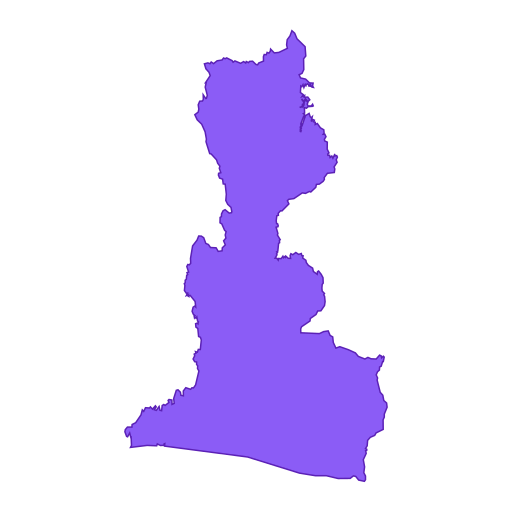 outline of Cianjur, Jawa Barat, Indonesia
{"feature_id": "22746128B34542084533901", "entity_name": "Cianjur", "entity_type": "district", "adm_level": 2, "iso_a3": "IDN", "parent_name": "Indonesia", "parent_adm1": "Jawa Barat", "projection": "equal_earth", "projection_center": [107.144, -7.054], "detail": "fine", "context": "isolated", "style": "filled", "palette": "violet", "viewbox_px": 512, "rotation_deg": 0, "n_neighbors": 0, "source": "geoboundaries", "source_scale": "gbopen_adm2", "svg_char_len": 6033}
<svg xmlns="http://www.w3.org/2000/svg" viewBox="0 0 512 512"><path d="M323.2,283.1L323.0,277.7L321.2,274.3L318.6,271.0L317.5,271.7L317.2,274.3L313.4,271.5L312.6,268.1L308.4,265.4L306.3,262.5L305.9,260.3L302.7,258.0L303.1,255.8L301.9,255.7L301.3,253.5L298.7,254.4L295.8,252.5L292.8,254.7L290.9,253.7L290.1,255.6L290.6,258.4L288.2,258.3L286.3,256.5L285.5,257.3L285.3,256.2L283.5,257.7L282.9,256.2L281.2,258.6L278.5,258.5L278.2,260.1L276.7,258.2L275.1,258.2L277.0,254.8L276.5,253.9L277.5,252.3L276.8,251.8L277.8,251.1L278.6,243.4L279.6,242.7L279.4,240.4L280.2,239.7L277.4,235.0L277.9,233.5L276.1,227.2L278.0,226.7L278.2,225.6L277.6,223.8L276.6,223.6L276.2,220.8L276.8,215.8L278.4,215.3L278.2,213.3L280.5,210.8L282.0,210.9L288.9,203.9L287.4,200.7L288.8,199.3L293.9,198.6L302.3,192.9L305.5,193.4L309.3,191.5L310.8,192.0L315.8,187.3L316.4,184.4L319.4,184.1L323.2,181.3L324.4,179.4L324.2,177.6L327.4,173.3L334.3,172.5L334.8,169.0L334.1,166.9L337.1,162.3L336.2,159.8L337.4,157.1L336.7,155.6L334.6,156.0L334.9,153.9L332.9,158.2L331.8,156.0L330.1,157.5L329.6,155.3L327.9,155.3L327.7,154.1L329.0,152.9L327.2,149.2L327.3,142.1L324.7,140.9L324.4,139.2L326.0,136.7L324.8,134.2L323.2,134.3L324.1,133.1L323.8,129.8L320.4,127.8L317.3,123.5L315.2,124.5L315.3,122.3L313.7,121.8L314.4,120.2L312.5,119.3L311.8,121.7L311.6,120.4L311.5,121.0L311.2,121.4L312.2,116.8L311.3,117.7L310.2,116.7L309.1,113.4L305.4,115.7L302.6,124.1L301.5,123.8L302.2,125.7L300.6,127.0L301.4,127.9L301.3,128.6L300.7,129.0L301.1,131.1L300.5,132.3L301.0,131.1L300.3,131.2L300.3,128.9L301.1,128.4L300.2,127.2L301.2,125.2L300.7,124.0L303.7,116.2L304.9,116.7L304.7,114.8L303.4,113.6L304.6,113.1L304.4,107.6L306.5,108.2L308.0,106.7L312.7,106.3L312.3,105.2L313.0,105.3L312.6,104.3L311.5,105.9L308.1,106.0L307.2,104.1L307.9,102.5L306.2,100.4L304.3,101.2L304.0,105.0L303.1,106.2L302.4,105.8L302.5,106.9L302.1,106.6L300.9,107.3L300.4,107.3L300.3,107.2L302.2,106.4L302.4,105.2L303.0,105.9L302.6,104.4L303.6,103.6L303.7,101.8L302.4,100.4L301.6,98.8L303.7,101.3L305.4,98.7L308.0,101.6L309.8,99.8L307.8,97.1L304.2,97.2L304.6,95.5L302.0,96.6L303.3,94.7L300.4,92.5L300.8,86.0L301.8,86.7L303.0,84.6L303.9,87.5L304.8,85.1L305.7,85.7L305.6,84.3L306.5,84.8L307.5,83.8L308.8,84.8L308.7,85.9L310.1,86.2L309.6,85.3L310.2,84.4L311.9,87.1L313.4,87.4L312.6,86.0L313.1,83.1L309.5,82.9L305.6,79.1L300.5,77.9L299.1,74.7L302.0,73.4L303.8,69.6L303.6,58.8L305.8,56.0L305.1,46.7L297.0,38.8L294.7,33.2L291.9,30.7L290.0,35.9L287.2,39.7L286.6,44.9L287.4,48.3L278.9,52.4L274.3,52.9L270.6,49.1L270.3,51.3L268.9,53.1L267.1,52.4L266.3,54.7L264.2,54.5L263.4,56.7L263.5,61.1L258.7,63.0L257.6,64.8L256.0,64.5L252.6,61.2L249.6,61.4L248.4,62.6L246.3,61.5L245.7,63.0L243.6,61.6L240.6,63.3L234.9,60.9L233.1,62.2L232.1,60.6L226.7,57.9L225.1,58.7L223.6,58.0L222.0,60.0L217.1,60.8L213.6,63.6L211.2,62.0L210.0,63.7L207.9,62.9L204.4,63.8L205.9,68.8L209.0,72.3L210.2,75.6L205.5,82.7L206.2,82.6L205.2,87.1L207.3,95.4L206.4,98.4L205.7,98.5L203.2,94.8L203.3,99.4L202.5,101.0L199.7,101.2L198.2,104.8L198.8,109.1L198.2,112.1L194.8,114.7L197.2,119.8L201.7,124.2L205.1,131.8L206.4,139.1L206.0,141.7L209.7,153.6L211.2,154.0L216.5,159.8L217.7,163.3L219.9,166.2L219.3,168.3L220.8,172.7L218.6,173.3L218.4,175.1L219.6,178.1L222.6,179.2L223.2,183.9L225.2,184.2L226.3,194.2L225.8,200.5L227.7,204.3L231.0,207.4L231.8,211.7L231.5,212.7L229.2,213.1L225.1,209.7L223.1,210.7L221.5,213.9L221.4,216.6L220.1,217.4L220.0,222.8L221.8,223.9L224.6,230.3L226.1,231.6L225.2,235.0L225.9,238.1L223.6,240.8L225.3,244.9L222.3,247.8L222.1,250.8L218.2,251.4L216.1,247.8L210.5,247.5L208.4,244.5L205.8,243.4L203.7,237.7L201.3,236.1L198.7,236.0L197.0,240.2L192.6,245.9L190.5,258.5L190.7,263.3L189.3,264.8L187.8,264.5L186.8,266.5L188.6,272.1L187.0,272.6L187.7,274.6L186.7,275.3L186.3,279.3L185.2,280.2L185.2,282.8L184.3,283.6L184.9,285.5L184.4,290.5L186.3,293.2L187.5,293.1L186.4,295.5L188.0,294.7L187.6,295.7L188.9,296.5L188.9,295.4L190.2,295.4L195.1,301.5L195.7,307.0L194.7,306.1L193.1,307.2L192.1,311.3L193.3,314.2L194.8,315.5L194.1,315.8L194.5,317.9L195.0,317.2L195.9,318.1L196.8,316.9L197.6,321.1L198.4,321.7L198.0,323.9L197.2,323.1L195.6,323.7L195.9,327.1L197.8,328.5L198.6,336.5L200.4,337.3L201.3,340.0L200.3,349.5L198.3,349.4L197.4,352.2L195.5,351.6L196.0,353.2L194.2,354.1L194.7,355.8L193.1,359.0L194.7,361.7L196.6,362.0L196.6,364.5L197.7,365.8L197.5,368.5L198.9,371.0L195.6,384.9L193.5,387.9L191.9,387.8L190.6,389.3L185.8,387.7L183.3,391.0L183.4,395.8L180.9,395.3L180.4,392.2L178.0,389.8L176.3,390.3L173.7,398.5L174.2,403.4L172.0,404.4L171.9,400.0L169.0,399.5L168.1,400.4L168.9,402.5L165.1,405.4L163.8,404.5L162.2,405.5L161.6,410.7L160.0,410.3L159.1,406.5L156.3,410.4L154.3,409.7L156.2,406.9L155.4,405.8L152.5,409.1L150.4,406.9L149.5,408.0L145.5,407.7L143.7,411.4L142.3,409.9L141.0,414.9L135.7,422.7L132.1,424.5L131.9,427.1L127.4,427.1L125.3,429.6L124.9,431.8L126.6,436.4L127.6,436.8L129.7,433.0L130.8,437.3L131.1,436.2L131.5,445.4L130.5,447.4L147.2,445.4L156.7,445.8L157.3,443.9L160.5,445.5L163.9,445.3L164.1,443.9L164.8,443.6L164.5,446.1L247.6,457.0L299.4,473.1L315.4,475.7L326.3,475.7L338.1,478.5L350.2,478.4L353.4,475.9L355.7,476.4L358.7,480.1L364.4,481.3L365.5,479.7L365.5,476.0L363.8,472.7L364.6,466.9L363.3,459.7L366.2,453.4L365.6,450.6L366.7,450.4L366.8,449.3L365.5,448.5L367.2,445.8L367.6,440.4L370.3,437.3L374.7,435.4L376.1,432.9L383.2,429.4L383.1,419.8L384.3,417.1L384.3,414.1L387.1,407.2L386.6,403.0L383.8,400.5L382.8,395.2L380.2,392.3L377.1,380.0L377.6,378.0L376.2,374.9L377.5,371.8L379.4,370.1L379.6,367.0L381.2,366.2L382.6,361.6L383.3,361.6L384.2,357.1L383.3,356.2L381.6,357.8L381.2,355.9L379.6,355.1L376.2,359.0L371.1,358.8L367.9,357.4L364.9,359.0L358.3,356.4L355.4,352.9L348.4,349.7L339.8,346.7L335.9,348.1L333.3,342.5L332.7,336.9L330.1,335.4L328.2,330.9L323.6,331.6L319.4,333.6L300.8,332.8L300.7,328.8L301.6,326.7L310.0,321.0L310.3,318.5L316.0,314.5L317.7,311.0L320.9,310.8L324.5,305.6L325.1,301.7L324.6,296.4L323.7,294.8L324.5,293.5L322.2,291.1L321.9,288.1L322.2,284.4L323.2,283.1Z" fill="#8b5cf6" stroke="#5b21b6" stroke-width="1.5"/></svg>